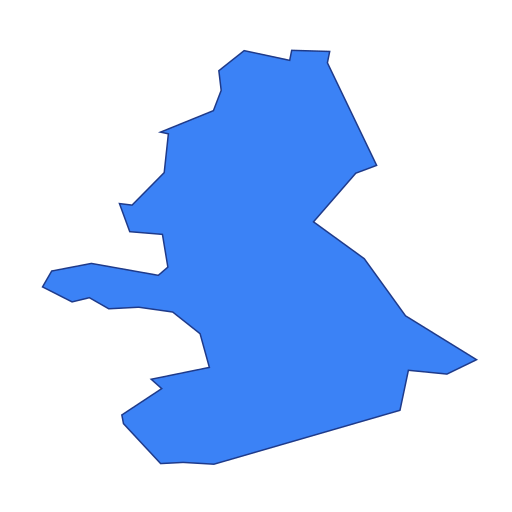 outline of Nyirol, Jonglei, South Sudan, rotated 87°
{"feature_id": "79223893B2194918447747", "entity_name": "Nyirol", "entity_type": "district", "adm_level": 2, "iso_a3": "SSD", "parent_name": "South Sudan", "parent_adm1": "Jonglei", "projection": "robinson", "projection_center": [32.071, 8.567], "detail": "fine", "context": "isolated", "style": "filled", "palette": "blue", "viewbox_px": 512, "rotation_deg": 87, "n_neighbors": 0, "source": "geoboundaries", "source_scale": "gbopen_adm2", "svg_char_len": 689}
<svg xmlns="http://www.w3.org/2000/svg" viewBox="0 0 512 512"><g transform="rotate(87 256 256)"><path d="M292.2,442.1L288.9,424.6L301.0,405.8L301.0,375.8L307.6,342.1L330.7,315.9L364.8,308.4L373.6,367.1L383.5,357.1L407.7,398.3L416.5,397.1L458.3,362.1L458.3,339.6L461.7,308.9L417.6,120.3L378.1,109.8L383.9,71.5L371.1,41.2L323.6,109.8L264.4,148.0L224.9,196.8L178.5,152.0L171.8,130.8L66.8,174.6L55.6,171.7L52.5,209.6L62.4,212.1L50.3,257.1L69.0,283.4L88.8,282.1L108.6,290.9L127.3,344.9L129.4,337.1L167.9,343.3L198.7,377.1L196.5,389.6L225.1,380.8L229.5,348.3L262.5,344.6L270.2,354.6L254.8,420.8L260.3,460.8L275.7,470.8L292.2,442.1Z" fill="#3b82f6" stroke="#1e3a8a" stroke-width="1.5"/></g></svg>